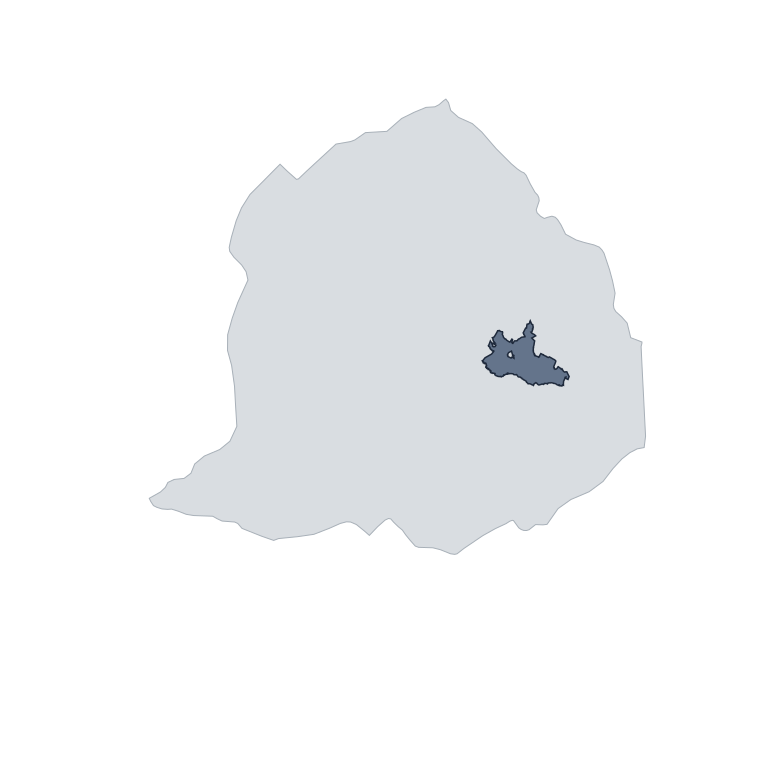 Masvingo, Masvingo, Zimbabwe (highlighted), rotated 315°
{"feature_id": "62879985B11590561680965", "entity_name": "Masvingo", "entity_type": "district", "adm_level": 2, "iso_a3": "ZWE", "parent_name": "Zimbabwe", "parent_adm1": "Masvingo", "projection": "mercator", "projection_center": [30.887, -20.31], "detail": "fine", "context": "in_parent", "style": "filled", "palette": "slate", "viewbox_px": 768, "rotation_deg": 315, "n_neighbors": 0, "source": "geoboundaries", "source_scale": "gbopen_adm2", "svg_char_len": 7914}
<svg xmlns="http://www.w3.org/2000/svg" viewBox="0 0 768 768"><g transform="rotate(315 384 384)"><path d="M523.0,612.9L517.2,608.9L509.3,606.4L499.2,605.2L486.1,605.7L470.0,607.8L452.8,605.2L434.4,597.8L419.0,595.2L400.8,598.4L400.0,598.5L396.8,596.0L391.8,590.6L383.5,589.6L381.2,588.4L379.3,586.4L378.1,583.8L377.6,581.0L379.0,572.1L378.3,571.1L376.0,570.0L371.5,569.0L360.5,565.0L346.7,561.1L324.3,556.8L315.5,555.7L313.5,554.4L311.0,551.1L306.7,541.0L302.7,534.3L293.0,524.0L291.5,520.7L292.0,512.6L292.7,505.9L293.7,500.3L293.2,495.1L293.1,488.6L293.4,484.2L292.1,482.3L288.6,481.0L278.7,480.4L266.6,480.7L266.2,474.1L265.1,463.8L262.8,458.0L260.0,454.9L254.5,451.7L243.3,447.4L228.1,440.7L215.0,430.9L200.1,418.7L195.4,416.6L189.9,405.2L181.5,385.7L182.0,379.2L180.8,376.0L172.6,366.4L170.8,361.4L169.4,356.4L156.4,342.4L152.0,336.3L148.6,328.5L145.3,322.2L142.4,319.7L138.7,315.4L136.2,310.6L135.0,307.0L136.0,302.1L137.2,298.8L149.6,302.3L156.3,302.5L161.6,300.8L168.1,303.1L175.9,309.4L184.4,310.6L193.6,306.7L206.0,307.9L221.6,314.2L234.6,315.5L250.0,309.9L263.7,294.4L276.7,279.9L289.4,263.1L297.1,249.6L308.3,238.6L323.1,230.2L338.2,223.0L361.3,214.3L365.9,207.1L367.5,199.2L367.5,188.3L368.7,181.2L371.1,178.0L374.9,175.5L379.9,172.3L395.0,164.0L407.8,158.7L423.3,155.2L440.3,155.2L456.6,155.1L465.9,155.1L466.1,165.6L466.8,177.4L468.6,178.5L480.9,178.8L500.7,179.6L519.7,180.4L531.9,189.0L535.9,190.8L548.6,193.1L564.7,207.4L584.1,208.7L597.5,213.2L609.3,218.1L616.0,224.0L620.4,225.4L626.4,225.8L629.2,226.3L628.6,230.6L624.6,237.8L625.2,248.1L630.6,262.4L631.3,274.9L629.7,296.9L629.7,318.2L630.3,325.9L631.2,330.9L632.3,333.7L632.1,336.9L628.9,345.9L626.3,355.3L626.2,359.1L625.2,361.8L623.3,364.2L614.8,368.5L613.3,371.2L613.3,376.1L614.4,380.3L617.6,381.8L621.4,384.1L623.0,387.2L623.0,390.5L621.7,396.5L618.3,406.5L621.7,418.0L625.6,425.4L630.8,434.1L633.0,439.4L632.9,443.3L632.1,447.0L624.2,462.8L618.5,472.7L611.6,483.2L602.4,489.9L600.1,493.0L599.1,496.7L599.5,504.6L599.0,512.9L591.2,525.7L596.1,536.7L595.0,537.7L592.3,539.3L581.0,551.7L569.6,564.3L561.3,573.5L551.8,584.0L541.2,595.7L532.1,605.8L523.0,612.9Z" fill="#d9dde1" stroke="#a8b0b8" stroke-width="1"/><path d="M532.1,442.7L531.1,443.1L530.2,443.8L529.2,443.8L528.6,443.6L528.2,443.5L528.1,443.4L527.6,442.9L526.9,443.2L524.3,445.2L523.7,444.6L518.5,446.3L518.4,447.0L518.2,447.3L518.2,447.6L517.9,447.8L517.9,448.3L517.7,448.6L517.6,448.9L517.5,449.6L517.5,449.9L517.1,450.3L514.3,448.2L511.7,447.8L510.9,447.3L508.6,447.5L506.7,445.8L503.8,446.4L503.6,446.1L503.8,445.8L503.7,445.1L506.3,443.5L506.2,442.7L502.6,443.4L502.2,442.1L501.7,439.7L501.9,438.2L501.4,437.7L501.5,435.5L502.1,434.5L502.7,432.6L504.2,431.6L504.7,430.8L504.0,430.1L503.9,430.1L504.0,430.1L503.5,428.7L503.3,427.6L503.0,427.6L502.8,427.4L502.6,427.2L502.4,427.2L502.0,426.7L500.7,427.2L497.4,428.1L495.2,428.6L493.3,427.9L493.2,428.8L492.8,429.3L492.4,429.7L492.3,430.2L491.8,430.6L491.5,433.6L489.9,432.1L490.2,434.2L490.6,435.7L489.0,436.1L488.0,435.4L487.6,434.8L487.8,434.2L487.6,434.0L488.4,433.3L488.6,432.1L488.9,431.6L489.2,431.6L489.3,430.2L489.6,428.8L485.7,430.6L485.4,430.7L485.1,430.6L484.9,430.7L484.8,430.9L484.8,431.1L484.6,431.4L484.9,432.6L484.9,433.0L484.4,433.3L484.4,433.7L484.3,433.9L484.1,434.1L484.0,434.6L484.2,435.0L484.0,435.3L484.0,435.5L484.1,436.0L484.3,436.1L484.1,436.5L484.0,437.3L484.1,437.5L484.8,437.8L485.0,438.1L484.9,438.2L484.5,438.4L484.5,438.6L481.2,438.9L474.0,436.9L470.6,437.3L470.0,437.1L470.0,437.5L469.8,437.6L469.6,437.8L469.7,438.0L469.8,438.1L469.7,438.4L470.0,438.7L469.7,439.0L469.3,439.1L469.7,439.7L469.4,440.1L469.7,440.3L469.9,440.2L470.0,440.3L470.0,440.6L469.7,440.7L469.7,440.9L469.9,440.9L470.3,441.4L470.7,441.3L470.7,441.5L470.4,441.8L470.4,442.0L470.1,442.5L469.8,442.7L469.8,442.9L469.8,443.3L469.7,443.4L469.4,443.2L469.1,443.8L468.9,443.9L468.7,443.9L468.2,443.8L468.0,444.1L467.8,444.2L467.9,444.8L467.7,445.4L467.7,445.5L467.8,445.5L468.3,445.4L468.0,447.0L468.7,446.8L468.9,447.1L468.3,447.7L468.4,448.2L468.4,448.8L468.8,449.1L468.8,449.5L468.8,450.3L468.0,450.2L467.7,450.7L467.6,451.0L467.8,451.2L468.0,451.4L467.6,451.9L468.1,452.7L468.5,452.8L468.5,453.4L469.0,453.6L469.1,454.0L469.9,454.9L469.9,455.0L469.7,455.0L469.1,455.6L468.9,456.1L469.2,456.8L469.1,457.5L469.6,458.2L470.0,459.3L471.1,460.6L471.9,461.1L472.0,461.4L471.8,461.6L471.9,461.9L472.0,462.0L472.9,462.1L473.2,462.3L473.4,462.6L473.5,462.7L473.8,462.6L474.1,462.7L474.3,462.7L475.1,462.2L475.4,462.5L475.4,462.9L475.5,463.0L476.2,463.0L476.9,463.2L477.7,463.9L478.0,464.2L478.4,463.8L478.6,463.5L478.9,463.5L479.1,463.6L479.5,464.2L479.3,464.9L479.3,465.1L479.7,465.3L480.1,465.4L480.5,465.7L480.8,466.2L481.5,466.8L481.9,467.4L482.2,467.7L482.4,467.9L482.4,469.1L483.4,470.4L484.3,470.9L484.4,471.0L484.4,471.5L484.2,472.0L484.2,472.7L484.0,473.3L484.0,473.8L484.1,474.1L485.3,475.6L485.4,475.8L485.2,476.3L485.6,477.4L485.4,477.7L485.3,477.9L485.7,478.9L485.7,479.2L485.6,479.6L486.1,480.7L486.3,482.0L486.5,482.5L486.5,482.9L486.0,483.5L486.1,483.8L486.1,484.3L486.2,485.0L486.0,485.7L486.2,485.9L487.0,486.6L487.6,487.5L487.7,487.8L488.0,489.0L488.5,489.9L488.6,490.7L489.0,490.6L489.3,490.3L489.7,490.0L490.0,490.0L490.4,490.2L491.1,490.1L491.9,490.5L492.3,490.4L492.4,490.6L492.4,491.0L492.6,491.4L492.5,492.1L492.5,493.0L492.7,494.0L493.5,494.7L494.2,495.0L494.6,495.3L495.2,495.5L495.8,495.9L496.0,496.1L496.2,496.7L496.6,497.2L496.9,497.2L497.5,496.9L497.8,497.0L498.4,497.6L499.2,498.5L499.6,499.6L499.8,499.6L500.1,499.3L500.5,499.3L501.6,500.0L502.5,501.0L503.0,501.1L503.7,502.1L504.0,502.6L504.2,502.8L504.4,503.6L504.7,503.8L505.4,504.9L505.6,505.4L505.8,506.9L506.6,508.6L506.8,508.4L507.2,508.3L507.3,508.4L507.3,509.0L507.1,509.2L507.0,509.3L507.4,509.5L507.4,509.9L507.7,510.2L508.0,510.8L508.3,510.9L508.5,511.2L508.7,511.3L509.1,511.0L509.6,510.9L509.8,511.2L509.7,511.4L509.9,511.6L510.0,511.8L511.1,510.6L513.1,508.9L513.7,508.8L515.7,508.0L516.8,507.3L517.6,507.7L516.5,508.6L517.3,510.9L520.2,509.6L521.4,505.9L521.9,504.8L521.7,504.5L521.3,504.0L520.6,503.6L520.2,503.4L520.0,502.9L520.0,502.4L519.9,502.0L520.1,500.9L520.2,500.4L520.6,499.7L520.6,499.3L520.2,499.5L520.0,499.4L520.0,498.9L519.8,498.6L519.9,497.9L519.8,497.5L519.8,497.1L519.5,495.6L519.5,495.0L519.3,494.9L519.1,494.9L517.5,495.3L516.8,495.3L516.3,495.2L516.0,494.9L515.4,494.6L515.6,494.0L515.6,493.8L515.2,493.5L515.3,493.3L516.1,492.6L516.1,492.4L515.9,492.1L516.2,491.8L518.1,491.0L519.8,490.3L520.2,490.1L521.3,489.6L521.6,489.3L521.8,489.1L521.8,487.9L521.6,486.9L521.1,485.5L520.8,484.0L520.5,483.3L520.2,481.9L519.9,481.7L519.0,481.5L518.8,481.3L518.4,480.0L518.3,479.8L518.4,479.4L518.2,479.2L517.8,478.0L517.5,477.0L517.2,476.4L517.2,476.1L517.4,475.9L517.1,475.4L516.8,475.2L516.8,474.5L516.4,473.4L515.6,473.6L514.1,474.0L513.5,474.2L513.3,474.6L513.1,474.6L513.0,474.4L512.7,474.5L512.2,474.4L512.2,474.2L512.4,474.1L512.3,473.7L512.1,473.5L511.7,472.5L511.3,472.0L511.3,471.5L511.0,471.1L511.2,470.8L511.2,470.6L510.8,470.4L511.1,470.1L511.0,469.7L511.3,469.7L511.6,469.5L511.5,469.0L511.7,468.8L511.8,468.7L511.9,468.3L511.8,468.0L511.9,467.6L512.3,467.0L512.5,466.9L512.6,466.7L512.7,466.4L513.1,466.2L513.1,465.9L513.3,465.8L513.7,465.4L514.7,464.5L515.1,464.1L515.3,464.1L515.3,463.9L515.5,463.7L517.7,462.4L519.3,461.2L520.3,460.5L520.7,460.2L521.0,460.1L521.0,456.0L525.3,457.2L525.3,455.5L524.4,452.5L524.6,451.3L525.2,451.8L528.2,450.4L528.0,450.0L529.8,449.3L530.1,448.6L530.4,448.2L530.6,448.0L531.1,447.4L530.8,446.0L532.1,442.7ZM494.2,449.9L497.4,450.9L495.5,454.3L495.2,454.6L495.7,454.9L495.7,455.2L495.9,455.2L496.0,455.3L496.0,455.6L495.8,455.6L494.8,456.6L494.8,456.9L494.1,457.7L493.7,455.8L492.9,456.0L493.5,455.5L492.2,455.5L491.1,452.4L491.4,451.9L491.2,451.9L491.2,451.7L491.9,450.8L492.1,451.0L492.6,450.4L494.2,449.9Z" fill="#64748b" stroke="#1e293b" stroke-width="1.5"/></g></svg>